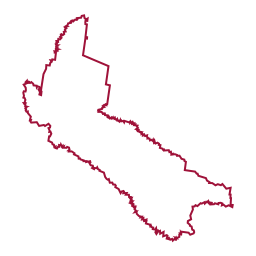 Murray River, New South Wales, Australia
{"feature_id": "25037944B78114295205688", "entity_name": "Murray River", "entity_type": "district", "adm_level": 2, "iso_a3": "AUS", "parent_name": "Australia", "parent_adm1": "New South Wales", "projection": "mercator", "projection_center": [144.402, -35.23], "detail": "fine", "context": "isolated", "style": "outline", "palette": "rose", "viewbox_px": 256, "rotation_deg": 0, "n_neighbors": 0, "source": "geoboundaries", "source_scale": "gbopen_adm2", "svg_char_len": 5808}
<svg xmlns="http://www.w3.org/2000/svg" viewBox="0 0 256 256"><path d="M26.9,80.8L25.5,82.3L25.8,83.7L23.7,84.6L25.7,87.7L25.9,90.1L25.5,91.5L23.8,91.3L23.3,92.7L24.0,95.9L23.4,97.6L24.6,98.0L25.4,99.9L24.8,101.5L25.2,103.2L23.8,103.1L24.5,104.2L25.3,103.9L24.7,105.2L25.3,104.6L25.4,106.2L26.7,106.6L25.5,107.0L26.2,107.8L25.4,108.6L26.1,109.4L25.7,110.5L26.5,111.7L27.8,111.4L27.9,113.1L30.8,116.6L29.9,120.2L30.9,120.1L30.4,121.4L31.2,122.6L36.8,122.2L39.1,125.9L43.9,125.0L45.0,126.0L48.5,123.8L50.3,125.9L50.0,127.5L48.5,128.1L49.6,130.6L49.3,131.9L50.5,131.7L51.3,133.7L50.0,136.4L49.1,136.4L48.4,140.8L52.1,142.6L52.5,144.3L53.9,144.7L54.3,147.0L55.6,146.5L55.4,148.0L57.0,148.5L58.1,146.7L59.2,146.8L59.1,145.0L60.7,145.3L60.9,144.6L61.8,146.6L62.7,145.8L62.8,147.3L63.7,146.7L63.4,147.7L66.5,147.8L67.1,146.9L69.0,147.6L69.5,149.6L68.5,150.5L69.2,150.6L68.9,151.5L71.7,151.4L74.5,153.3L74.0,154.4L78.4,156.4L78.7,158.6L80.0,158.4L80.5,159.4L83.7,160.4L83.6,161.1L86.5,161.1L86.3,162.0L90.1,161.2L90.4,162.4L89.3,162.9L90.6,165.2L92.8,165.7L93.1,166.9L92.1,168.0L94.1,169.1L94.5,168.0L96.6,168.2L97.2,167.3L98.0,169.1L99.7,170.0L99.5,170.8L103.9,172.6L105.2,177.0L106.6,178.9L107.8,179.7L108.8,179.1L109.8,182.7L112.3,182.6L113.1,184.5L115.0,184.6L115.8,185.6L115.3,187.1L118.6,189.0L120.6,193.1L121.6,191.5L123.5,191.0L124.0,191.7L123.4,193.2L126.7,193.0L125.8,194.7L128.9,194.8L129.1,197.0L130.0,197.0L129.5,197.5L130.2,198.4L131.7,198.0L130.7,200.4L131.8,200.3L131.8,200.7L130.9,200.6L130.5,201.6L132.5,201.4L131.2,203.0L132.2,203.1L132.7,203.5L131.3,203.6L132.5,204.2L132.2,205.5L133.1,205.3L133.0,206.3L134.0,206.8L134.8,206.3L135.3,206.4L134.3,207.5L135.2,207.9L134.5,209.1L136.0,210.7L134.9,212.1L136.6,211.6L135.8,212.9L136.5,212.3L136.8,213.9L138.9,216.0L140.3,216.6L140.9,215.8L140.6,216.7L141.5,216.7L140.9,217.4L142.2,217.3L142.3,218.3L142.6,217.8L143.1,217.8L142.4,219.0L143.2,218.8L143.7,220.2L144.5,218.9L144.4,220.4L145.9,219.8L145.4,220.9L146.5,220.7L145.9,223.5L149.8,224.6L150.2,226.0L150.8,225.2L151.6,227.2L153.2,227.6L152.8,229.1L155.2,229.6L156.1,228.2L156.4,230.1L155.4,232.2L156.4,234.0L157.4,232.5L156.4,231.7L157.2,232.0L157.1,230.8L157.9,230.3L159.0,231.4L160.0,230.9L160.2,233.7L163.6,231.9L163.2,236.3L166.7,235.1L167.5,235.7L166.7,238.6L168.2,239.0L168.0,238.4L168.9,237.8L170.3,239.7L172.1,238.9L172.8,240.6L174.9,238.5L174.7,239.4L175.9,239.8L176.4,238.6L175.7,237.8L176.7,238.1L176.1,237.1L177.1,237.9L179.3,236.9L179.3,234.7L180.2,234.5L179.8,233.4L180.8,233.5L180.8,232.5L181.3,233.3L181.5,231.7L188.6,232.7L190.2,234.7L193.6,233.4L194.2,232.2L193.8,230.4L192.2,229.6L191.6,226.5L189.9,225.8L189.9,224.7L187.7,222.9L187.9,221.0L191.1,219.3L190.3,215.5L192.9,209.5L192.5,206.6L194.6,206.4L195.5,205.2L197.4,206.1L200.6,203.2L201.7,203.6L204.7,202.1L204.9,203.5L207.2,201.5L208.3,202.7L208.6,201.6L209.5,203.3L209.8,202.5L211.7,202.8L211.2,204.4L214.0,204.2L214.9,203.3L218.3,204.3L218.5,203.0L220.7,202.8L222.2,203.4L221.9,205.3L223.4,204.6L225.8,206.6L228.7,205.3L232.3,207.1L232.7,205.0L230.6,204.7L231.0,198.1L230.4,198.0L230.6,194.6L229.5,194.5L230.6,187.8L226.3,188.7L222.4,184.0L220.9,185.2L217.8,184.2L215.5,185.3L212.3,183.1L209.2,183.0L209.5,182.1L207.0,180.6L205.9,178.1L198.4,175.8L197.6,173.7L196.7,173.7L195.1,171.6L184.8,170.1L185.9,161.8L184.5,161.0L184.3,159.6L181.5,158.8L179.5,155.7L177.1,155.8L177.1,155.0L174.9,154.2L171.9,154.6L172.3,153.9L171.3,154.1L170.9,151.7L169.4,152.1L168.8,150.2L164.0,150.5L164.0,149.6L163.1,149.8L162.6,148.7L159.9,147.9L160.4,145.1L158.8,144.9L159.0,143.7L157.5,142.7L155.5,143.5L154.9,142.5L154.0,143.0L153.8,141.9L154.8,142.0L154.2,139.9L153.3,140.5L153.1,139.8L152.6,140.8L151.2,139.8L150.0,140.4L149.5,138.6L147.6,138.5L148.0,137.8L146.7,136.6L147.0,135.4L145.0,136.0L144.1,134.3L143.2,134.9L143.4,134.0L143.0,134.9L142.2,133.3L141.4,134.0L141.2,132.9L141.8,133.0L140.5,132.4L141.2,132.0L138.7,131.4L138.7,130.4L137.6,131.0L137.1,130.2L137.9,129.6L136.2,129.1L137.9,127.8L136.9,126.4L137.4,125.6L135.1,125.3L135.3,124.5L134.0,124.9L134.3,123.4L133.5,123.7L133.0,122.7L132.5,123.3L133.2,123.8L132.1,124.0L132.1,122.2L131.3,122.8L130.7,121.8L130.1,122.6L130.0,121.6L129.2,122.4L124.5,120.9L124.1,122.3L123.2,120.9L121.7,121.3L121.1,120.4L120.2,121.2L120.1,120.3L119.4,121.6L117.9,120.5L118.4,119.6L117.4,120.3L117.2,119.1L116.5,119.9L114.9,119.0L116.0,118.1L114.7,118.7L114.7,117.5L112.9,118.2L112.8,117.5L111.9,118.4L111.5,117.4L110.0,118.5L108.9,116.6L108.6,117.7L107.5,117.2L107.2,115.3L105.0,115.1L104.9,114.4L104.3,115.0L104.7,113.8L103.4,113.9L103.6,113.3L102.6,113.3L101.6,111.9L98.7,111.9L99.3,110.7L98.1,110.6L98.3,109.8L102.1,108.9L102.2,107.8L104.3,107.0L102.9,105.9L104.3,104.8L106.3,105.2L106.1,104.1L107.2,104.1L109.9,85.3L105.9,84.4L108.5,66.1L83.0,55.3L85.4,38.4L87.0,38.6L87.1,37.2L85.5,36.9L86.9,24.4L85.4,24.1L85.3,22.2L85.5,20.7L87.3,20.9L87.6,18.5L86.2,19.3L84.5,18.0L84.1,15.4L81.7,15.9L81.1,17.7L77.0,18.1L77.4,19.3L76.8,19.9L75.3,19.5L73.3,21.3L72.8,20.4L71.3,20.8L70.4,21.9L71.3,22.1L71.1,22.8L68.1,23.4L67.7,25.0L66.0,26.1L66.7,26.4L65.7,26.6L66.2,27.8L65.2,27.7L65.9,28.6L64.9,29.7L65.6,31.5L63.8,31.8L64.2,34.1L62.7,35.2L61.6,34.1L60.8,34.5L61.1,36.0L60.0,37.0L61.4,37.9L60.0,39.4L58.3,39.0L58.1,41.0L56.9,41.0L57.7,42.1L56.4,42.4L56.9,43.5L55.8,44.1L56.5,45.3L57.7,45.3L55.5,46.8L56.5,46.7L56.1,47.9L57.4,47.7L57.0,48.7L58.1,49.1L57.0,49.3L57.4,50.2L56.7,50.0L56.7,50.7L55.9,50.3L55.9,51.5L54.5,51.3L54.9,52.5L53.8,52.4L55.9,53.0L55.1,59.8L52.3,59.4L52.1,60.5L50.6,60.3L51.5,61.9L50.3,62.8L49.7,65.5L46.3,65.1L46.1,68.8L43.5,74.1L40.8,91.6L41.5,91.7L41.1,95.1L39.4,94.5L40.0,92.1L38.5,89.3L40.2,88.5L39.3,86.9L37.4,86.3L36.8,87.2L36.6,85.7L33.6,85.4L33.2,83.8L31.3,82.1L30.0,83.0L28.8,82.6L29.1,80.9L28.0,83.0L27.1,83.1L26.9,80.8Z" fill="none" stroke="#9f1239" stroke-width="2"/></svg>